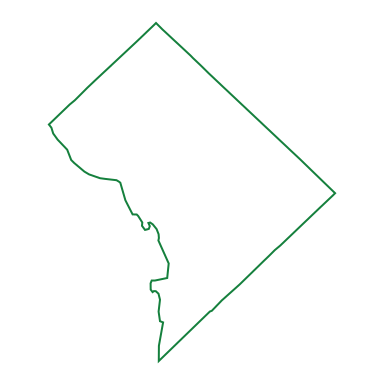 the district of District of Columbia, District of Columbia, United States of America
{"feature_id": "52423323B55530972166869", "entity_name": "District of Columbia", "entity_type": "district", "adm_level": 2, "iso_a3": "USA", "parent_name": "United States of America", "parent_adm1": "District of Columbia", "projection": "robinson", "projection_center": [-77.036, 38.894], "detail": "fine", "context": "isolated", "style": "outline", "palette": "green", "viewbox_px": 384, "rotation_deg": 0, "n_neighbors": 0, "source": "geoboundaries", "source_scale": "gbopen_adm2", "svg_char_len": 1072}
<svg xmlns="http://www.w3.org/2000/svg" viewBox="0 0 384 384"><path d="M48.9,124.5L51.4,127.7L53.2,133.5L57.6,139.6L67.2,149.7L71.2,160.0L74.2,163.0L84.4,171.6L89.1,174.4L100.0,178.2L105.2,178.9L116.5,180.2L119.0,181.7L120.3,182.7L125.4,200.3L132.6,214.4L136.7,214.5L138.2,216.0L142.3,222.5L142.0,225.8L145.0,229.9L148.8,228.9L149.8,226.1L148.4,223.0L150.1,222.5L152.7,224.3L152.9,224.5L156.6,229.1L158.6,234.2L158.9,238.0L158.4,240.5L168.4,262.8L168.7,263.4L167.2,278.0L155.1,280.5L151.7,280.5L151.3,281.5L150.6,283.3L150.7,289.6L152.6,292.1L153.9,291.1L155.8,291.2L158.5,293.7L160.0,299.7L158.6,311.6L160.0,321.2L163.1,322.4L158.9,345.8L158.8,361.0L178.6,341.8L209.9,311.5L211.8,310.8L221.8,300.4L239.7,284.4L263.6,261.1L268.8,256.1L274.8,250.1L280.3,245.5L320.4,207.2L321.6,206.1L333.2,195.1L335.1,193.2L310.4,169.3L300.1,159.3L290.8,150.6L222.8,86.6L208.4,73.0L208.3,72.9L200.5,65.2L193.0,58.1L190.6,55.6L162.4,29.4L156.0,23.0L154.0,25.0L138.0,40.3L114.4,62.4L95.1,80.4L87.4,87.7L74.8,100.3L69.7,104.5L48.9,124.5Z" fill="none" stroke="#15803d" stroke-width="2"/></svg>